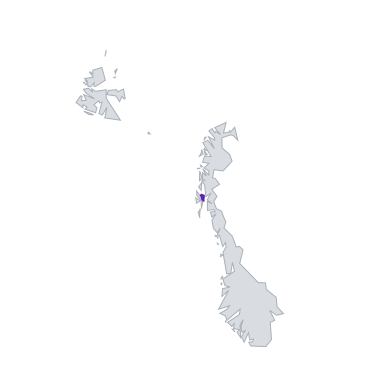 location of Kvæfjord nor, Troms, Norway, rotated 312°
{"feature_id": "86288312B34366506977107", "entity_name": "Kvæfjord nor", "entity_type": "district", "adm_level": 2, "iso_a3": "NOR", "parent_name": "Norway", "parent_adm1": "Troms", "projection": "albers", "projection_center": [15.952, 68.656], "detail": "fine", "context": "in_parent", "style": "filled", "palette": "violet", "viewbox_px": 384, "rotation_deg": 312, "n_neighbors": 0, "source": "geoboundaries", "source_scale": "gbopen_adm2", "svg_char_len": 5907}
<svg xmlns="http://www.w3.org/2000/svg" viewBox="0 0 384 384"><g transform="rotate(312 192 192)"><path d="M223.5,193.5L216.2,197.7L217.6,200.1L216.1,207.3L207.2,204.9L205.5,213.4L199.4,214.6L195.9,221.3L197.4,226.6L192.2,237.3L186.7,239.8L186.1,251.6L180.7,261.7L183.3,263.5L183.1,268.7L170.8,275.3L169.0,302.0L173.7,307.5L169.4,312.3L170.0,325.0L163.7,332.0L162.8,341.4L157.0,337.3L156.0,328.9L152.0,339.3L147.5,337.4L135.5,349.8L126.5,350.3L116.9,338.7L118.3,334.8L121.5,337.4L123.8,335.9L120.5,334.0L125.3,328.1L115.3,331.2L117.6,325.6L124.5,324.3L121.1,323.1L124.9,318.3L131.5,315.4L125.2,316.8L116.4,325.5L117.9,319.3L121.4,319.4L118.3,314.2L122.5,311.4L118.7,311.5L118.9,305.7L132.7,309.2L137.2,306.1L120.0,303.8L122.3,299.9L120.5,293.9L127.6,296.4L132.6,296.0L122.6,290.2L143.3,285.1L134.4,284.0L140.6,279.4L146.9,283.9L144.5,279.1L147.9,273.2L161.6,276.6L166.7,269.2L157.2,275.4L154.4,272.4L167.9,255.4L174.1,254.0L176.8,250.7L172.0,251.3L177.9,241.9L176.5,239.8L183.9,237.3L178.6,238.0L179.3,232.2L184.6,225.5L191.9,224.5L186.6,223.4L189.5,219.1L192.9,222.4L193.5,219.9L188.7,215.8L195.2,209.8L196.9,214.8L196.2,208.6L203.3,206.9L197.9,205.4L205.9,196.3L206.5,191.8L209.6,193.9L208.3,191.5L213.4,186.7L213.5,192.1L216.4,184.5L215.9,193.2L218.9,190.4L217.9,184.8L224.6,185.4L221.1,180.0L227.2,177.3L231.1,182.5L235.9,167.1L241.0,169.1L239.1,179.6L244.1,167.2L245.7,174.2L247.4,172.4L248.7,163.7L252.6,164.6L251.2,169.3L253.0,169.1L253.8,175.0L255.0,165.8L266.5,170.8L256.9,175.9L262.5,180.5L268.7,180.4L261.1,191.4L261.6,184.7L260.0,182.2L252.2,178.0L245.0,184.7L245.0,194.9L241.7,201.2L228.4,201.0L223.5,193.5ZM195.7,42.5L199.9,45.8L199.6,51.5L201.5,48.4L202.4,53.1L210.6,59.8L204.4,65.3L197.4,90.7L188.7,77.6L197.9,72.2L189.1,73.9L188.0,70.3L198.5,65.0L196.4,63.8L197.3,61.6L191.3,60.7L191.0,65.0L186.5,67.3L181.9,57.1L184.9,57.3L184.0,52.5L181.7,54.6L180.9,45.9L189.0,44.9L189.5,46.3L185.8,48.8L189.4,52.1L191.9,46.3L196.0,57.2L194.6,47.1L195.7,42.5ZM204.3,36.3L211.3,41.6L212.5,35.7L213.3,36.2L213.2,39.5L216.2,36.8L224.2,41.7L217.1,52.8L206.2,49.8L204.9,48.4L207.7,46.1L202.3,46.3L200.9,44.0L202.4,42.5L200.0,41.1L203.6,41.3L203.1,38.4L204.6,39.7L204.3,36.3ZM211.4,61.8L217.5,67.4L216.7,69.7L222.6,72.2L216.9,79.7L215.6,79.3L216.1,75.9L210.7,77.7L212.4,71.1L207.5,63.7L211.4,61.8ZM193.9,205.1L198.0,202.8L185.9,210.2L192.1,204.3L192.5,198.1L195.8,194.8L193.9,205.1ZM200.2,193.5L205.6,192.9L199.3,197.7L200.2,193.5ZM205.4,190.0L212.8,183.6L209.1,190.2L205.4,190.0ZM179.6,57.6L182.7,64.3L183.4,67.2L180.7,63.8L179.6,57.6ZM190.2,198.7L191.1,204.2L186.7,202.8L190.2,198.7ZM230.1,170.6L227.7,174.9L223.5,173.6L228.0,172.4L230.1,170.6ZM230.9,173.4L230.2,178.1L228.3,177.1L230.9,173.4ZM180.8,210.5L185.2,209.4L180.3,212.8L180.8,210.5ZM239.3,34.0L234.5,36.6L239.4,33.7L239.3,34.0ZM230.2,53.7L233.7,53.9L228.8,55.7L230.2,53.7ZM238.4,166.3L241.1,164.9L242.2,165.7L238.4,166.3ZM232.7,172.0L232.4,174.5L231.4,172.5L232.7,172.0ZM217.7,180.3L217.8,182.8L216.6,182.0L217.7,180.3ZM207.3,119.6L207.1,122.0L205.9,120.2L207.3,119.6ZM226.7,58.2L225.1,58.2L224.8,57.4L226.7,58.2ZM165.0,255.1L165.8,257.2L163.2,256.5L165.0,255.1ZM212.5,180.1L214.1,180.9L215.1,182.3L212.5,180.1ZM200.8,38.1L201.5,39.6L200.5,39.1L200.8,38.1ZM149.4,271.9L146.2,271.7L149.7,270.9L149.4,271.9ZM144.5,274.6L143.1,276.1L142.7,275.2L144.5,274.6ZM179.6,213.4L178.0,215.2L179.8,212.0L179.6,213.4ZM117.6,314.9L116.7,317.5L117.1,313.9L117.6,314.9ZM175.3,240.1L174.7,238.5L175.6,238.6L175.3,240.1ZM262.6,178.1L262.8,180.1L262.6,179.8L262.6,178.1ZM176.0,241.7L174.3,242.0L176.4,241.4L176.0,241.7ZM170.9,245.1L170.9,246.7L170.2,246.1L170.9,245.1ZM118.7,303.4L117.6,304.8L118.0,303.5L118.7,303.4Z" fill="#d9dde1" stroke="#a8b0b8" stroke-width="1"/><path d="M196.6,204.0L197.3,203.6L197.3,203.2L197.2,203.2L197.3,203.1L197.2,203.0L197.1,202.9L197.1,202.7L197.0,202.2L196.9,202.3L196.9,202.2L197.0,202.1L196.9,201.7L196.6,201.6L196.5,201.4L196.4,201.4L196.5,201.3L196.3,201.1L196.4,200.9L196.4,200.7L196.2,200.7L196.1,200.8L195.8,201.0L195.7,201.2L195.7,201.3L195.7,201.2L195.6,201.3L195.7,201.7L195.8,201.8L196.0,202.0L196.4,202.2L196.5,202.3L196.4,202.4L196.6,202.4L196.6,202.5L196.4,202.5L196.2,202.5L195.8,202.5L195.6,202.4L195.5,202.5L195.4,202.6L195.4,202.8L195.4,203.0L195.3,203.4L195.5,203.4L195.6,203.5L195.6,203.8L195.6,204.0L195.5,203.9L195.4,204.0L195.4,203.9L195.5,203.9L195.5,203.7L195.4,203.6L195.5,203.5L195.4,203.5L195.5,203.5L195.4,203.5L195.3,203.4L195.1,203.4L195.1,203.5L194.8,203.7L194.8,203.8L194.7,203.8L194.6,204.0L194.4,204.0L194.1,204.2L194.1,204.3L194.2,204.5L194.2,204.8L194.3,204.8L194.2,204.9L194.3,204.9L194.2,204.9L194.3,205.0L194.2,205.0L193.9,205.2L193.9,205.3L193.8,205.5L193.8,205.4L193.7,205.4L193.8,205.3L193.9,205.2L194.0,205.1L194.1,204.9L194.1,204.7L194.0,204.4L193.9,204.3L193.9,204.2L194.0,204.2L194.1,203.9L194.3,203.8L194.4,203.7L194.5,203.8L194.6,203.7L194.7,203.4L194.8,203.4L194.9,203.2L195.0,203.1L195.1,202.9L195.1,202.7L195.2,202.4L195.0,202.5L194.9,202.5L194.7,202.6L194.6,202.8L194.4,202.9L194.1,202.9L194.1,203.0L194.0,203.3L194.1,203.5L194.0,203.8L193.9,203.8L193.7,203.9L193.5,204.0L193.4,204.0L193.4,204.3L193.4,204.5L193.5,204.5L193.4,204.6L193.2,204.8L193.1,205.0L193.2,205.3L193.2,205.5L193.3,205.6L193.4,205.8L193.4,206.0L193.5,206.1L193.4,206.2L193.3,206.3L193.2,206.3L193.1,206.5L193.3,206.7L193.5,206.5L193.5,206.4L193.6,206.2L193.8,206.1L193.9,205.9L194.0,205.9L194.1,205.7L194.3,205.4L194.5,205.5L194.6,205.4L194.6,205.2L194.7,204.9L194.8,204.7L194.9,204.4L195.0,204.3L195.1,204.5L195.2,204.8L195.3,204.8L195.5,204.7L195.7,204.4L195.8,204.4L196.0,204.3L196.0,204.2L196.1,204.3L196.3,204.2L196.6,204.0ZM195.8,202.1L195.7,202.0L195.6,201.9L195.5,202.0L196.0,202.4L196.1,202.5L196.1,202.4L196.0,202.2L195.9,202.2L195.8,202.1ZM195.3,200.9L195.4,200.7L195.2,200.7L195.2,200.8L195.0,201.0L195.0,201.3L195.2,201.0L195.3,200.9Z" fill="#8b5cf6" stroke="#5b21b6" stroke-width="1.5"/></g></svg>